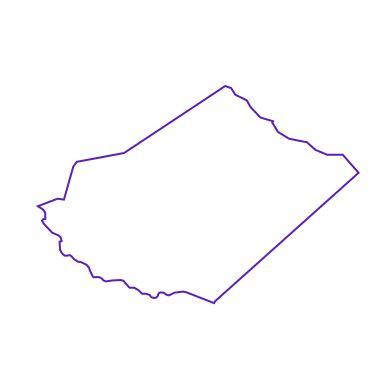 the district of Shelby, Texas, United States of America, rotated 139°
{"feature_id": "52423323B47536211032207", "entity_name": "Shelby", "entity_type": "district", "adm_level": 2, "iso_a3": "USA", "parent_name": "United States of America", "parent_adm1": "Texas", "projection": "natural_earth1", "projection_center": [-93.987, 31.776], "detail": "fine", "context": "isolated", "style": "outline", "palette": "violet", "viewbox_px": 384, "rotation_deg": 139, "n_neighbors": 0, "source": "geoboundaries", "source_scale": "gbopen_adm2", "svg_char_len": 1142}
<svg xmlns="http://www.w3.org/2000/svg" viewBox="0 0 384 384"><g transform="rotate(139 192 192)"><path d="M76.6,159.2L83.8,168.6L87.7,180.8L85.9,191.7L84.4,192.2L91.5,203.3L92.1,217.9L90.5,225.3L95.5,236.9L94.3,244.7L97.4,250.2L217.7,266.0L259.2,290.4L265.0,289.0L293.6,270.3L298.0,275.2L317.6,282.4L315.9,276.3L316.4,272.6L320.4,267.9L321.9,269.0L324.0,268.9L324.7,265.1L324.2,253.0L321.2,246.7L320.9,243.9L322.6,240.5L324.5,241.4L329.5,234.9L330.3,231.3L330.2,229.1L329.9,227.7L328.4,226.1L327.2,225.5L325.6,224.5L325.1,222.4L325.1,219.0L323.8,214.3L321.6,211.6L319.3,206.2L319.5,202.0L320.6,199.7L322.4,192.9L322.1,192.2L320.5,190.9L319.1,189.8L317.7,188.3L316.8,185.7L316.8,183.1L315.6,181.0L313.2,179.4L310.4,177.7L303.5,172.3L302.0,170.0L302.0,160.9L300.3,159.3L298.4,157.6L296.8,153.1L296.4,148.0L293.4,145.3L291.5,142.1L291.7,139.3L290.3,137.0L288.5,135.8L286.0,136.0L284.6,137.0L282.9,137.4L281.4,136.6L279.5,134.7L278.5,130.8L277.4,129.3L275.2,128.5L271.3,127.5L264.2,122.8L262.0,119.9L248.2,93.6L246.5,94.4L53.7,97.2L53.8,121.2L65.6,131.5L71.1,142.6L72.7,154.3L76.6,159.2Z" fill="none" stroke="#5b21b6" stroke-width="2"/></g></svg>